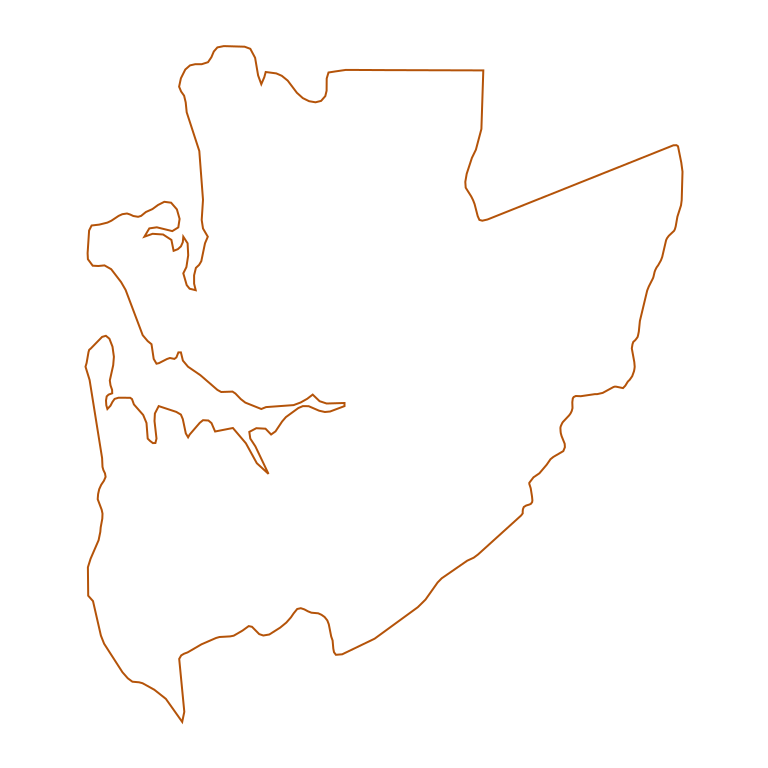 the Province of Estuaire
{"feature_id": "GAB-2168", "entity_name": "Estuaire", "entity_type": "Province", "adm_level": 1, "iso_a3": "GAB", "parent_name": "Gabon", "parent_adm1": "", "projection": "natural_earth1", "projection_center": [9.925, 0.242], "detail": "fine", "context": "isolated", "style": "outline", "palette": "amber", "viewbox_px": 768, "rotation_deg": 0, "n_neighbors": 0, "source": "natural_earth", "source_scale": "10m", "svg_char_len": 4536}
<svg xmlns="http://www.w3.org/2000/svg" viewBox="0 0 768 768"><path d="M345.9,69.9L384.8,70.1L483.3,70.4L481.4,129.0L475.9,149.7L471.9,157.9L466.7,173.8L465.3,181.9L465.7,187.7L471.2,196.4L473.1,200.2L474.6,204.1L477.7,216.1L479.4,219.9L482.3,220.7L487.5,219.5L673.4,145.3L676.5,145.2L678.0,146.3L681.3,162.7L682.5,171.7L681.7,200.1L681.0,205.4L677.4,216.7L675.7,226.4L674.9,229.2L674.1,230.8L668.8,235.8L667.1,238.1L666.6,239.1L666.1,240.2L662.2,257.0L660.9,260.4L658.2,265.2L656.6,267.4L655.3,270.0L654.6,271.9L653.5,276.7L653.0,278.2L648.8,286.5L647.2,290.5L639.9,320.9L638.8,331.7L638.1,335.1L637.6,337.0L636.4,338.7L635.2,340.2L633.3,341.9L632.5,344.2L631.8,348.4L634.3,362.1L634.7,366.8L634.4,369.1L634.0,371.2L632.2,376.2L629.6,379.9L628.3,381.1L627.5,382.1L625.3,385.7L623.0,388.1L616.3,386.7L614.9,386.6L613.5,387.0L602.7,392.9L597.3,394.1L595.1,394.1L580.8,396.2L575.8,396.0L573.7,397.0L572.8,398.4L572.3,402.2L572.5,408.1L571.7,411.1L570.5,413.5L569.1,415.4L562.9,422.0L562.2,423.1L561.0,425.7L560.6,426.8L560.4,428.0L560.6,431.6L560.8,433.2L561.6,436.1L564.7,443.8L564.9,447.2L563.3,451.1L553.5,456.8L550.5,459.2L546.7,464.7L539.4,473.3L533.5,477.3L529.3,482.8L529.3,483.9L530.7,488.2L532.0,496.4L532.4,500.4L532.1,502.2L530.8,503.9L529.2,504.6L526.2,505.5L523.8,507.0L522.9,509.3L522.7,511.4L522.7,513.4L521.1,515.5L478.0,554.5L473.7,557.7L467.2,560.7L441.7,578.3L437.6,582.5L425.5,599.6L417.8,607.2L374.6,638.7L342.2,654.3L335.9,654.8L334.0,652.2L333.3,648.6L332.6,640.5L331.2,636.5L328.8,624.3L327.3,620.4L324.6,617.0L321.5,614.8L318.2,613.3L311.4,612.7L307.9,611.3L304.4,609.4L300.8,608.2L297.2,609.0L293.7,613.3L290.9,617.4L286.3,622.6L280.2,627.6L269.3,634.5L263.3,635.5L259.2,634.1L252.0,626.8L248.7,626.1L242.5,630.6L233.7,635.7L230.1,636.4L219.5,637.0L216.0,638.0L201.5,644.3L187.6,652.4L184.1,653.7L181.2,655.4L179.2,658.9L184.3,711.8L182.2,721.9L165.9,698.9L154.4,689.8L142.5,683.2L139.1,682.3L132.4,681.7L127.8,678.3L122.5,672.3L104.1,643.7L100.9,635.6L93.0,601.1L88.2,595.7L87.9,567.3L90.6,558.7L98.6,540.2L100.3,531.9L100.7,527.4L102.3,518.6L102.5,513.6L101.7,509.8L97.7,499.2L98.1,494.1L99.2,489.2L101.2,484.8L103.9,480.8L105.6,476.9L105.0,473.4L103.4,470.1L102.5,466.9L102.1,458.1L89.6,380.0L85.5,366.7L86.6,363.0L88.5,352.1L89.2,349.8L90.7,348.6L102.1,336.9L105.9,335.8L109.4,338.7L112.5,346.7L113.9,356.8L113.2,365.2L109.8,380.5L110.5,385.3L112.1,389.9L112.2,393.3L108.6,394.6L106.7,396.4L106.0,400.5L106.3,405.2L107.4,409.0L110.5,405.7L112.4,402.0L114.6,398.9L118.6,397.7L130.2,397.8L132.0,399.1L133.9,404.4L143.2,415.0L146.5,423.0L147.7,438.6L150.0,440.9L152.9,443.1L155.4,443.0L156.5,438.6L154.5,421.0L154.9,413.5L158.7,406.1L176.3,411.9L180.9,414.6L182.8,419.1L185.8,433.4L188.1,437.3L189.7,434.5L199.7,422.9L203.0,420.2L208.4,420.5L211.5,423.1L215.1,431.5L232.9,428.0L245.9,443.3L256.8,463.2L268.5,473.9L255.4,446.4L250.3,438.6L249.3,431.9L256.3,428.2L265.5,428.7L271.1,434.5L275.5,431.4L282.1,421.5L285.9,417.1L298.4,408.0L302.9,406.1L308.7,406.2L319.1,410.7L324.9,412.0L330.1,411.5L344.5,406.1L344.5,403.0L326.6,403.5L319.6,401.2L312.7,394.6L307.2,398.8L300.6,402.5L293.6,405.1L266.0,407.1L261.3,409.0L245.3,402.6L240.8,399.1L235.4,393.5L232.5,391.6L221.2,392.0L217.4,389.9L200.4,375.2L188.0,366.7L182.9,360.6L180.9,352.4L178.4,352.4L176.4,357.4L174.4,358.9L169.9,358.0L167.0,359.0L159.0,363.1L156.5,363.7L153.7,358.9L151.5,344.2L147.7,341.1L142.7,335.2L125.6,289.9L121.1,282.1L111.2,269.2L104.5,265.4L98.3,266.0L92.7,265.7L87.9,259.2L87.6,253.2L89.1,230.5L91.6,225.5L99.3,224.6L107.4,222.6L111.4,220.7L118.6,215.9L122.3,214.2L127.0,213.5L130.1,214.5L133.3,216.0L138.1,216.8L141.1,215.9L145.9,212.0L152.4,209.1L158.0,205.0L164.3,201.8L171.1,202.7L176.9,209.4L179.6,218.9L178.3,227.4L172.3,231.1L156.8,227.3L149.3,228.4L144.4,236.7L152.6,233.8L163.1,234.5L171.4,239.9L173.6,250.8L177.8,249.2L180.9,246.4L182.8,242.2L183.3,236.7L187.6,243.3L188.2,255.3L186.4,267.1L183.3,273.3L186.7,285.1L189.6,288.7L195.7,290.2L194.1,283.7L194.1,275.3L195.9,267.9L199.1,264.9L201.3,261.2L205.0,243.3L207.8,236.7L203.0,228.5L201.7,220.0L203.0,199.8L199.3,151.0L186.7,112.3L185.7,102.4L184.1,95.7L181.1,91.5L179.1,86.7L180.9,78.3L185.3,69.5L190.0,65.4L195.2,64.2L201.7,64.2L208.0,62.2L211.4,57.2L213.8,51.5L217.4,47.4L223.8,46.1L244.6,46.7L250.3,48.8L255.1,57.8L258.1,75.4L261.3,84.2L264.3,77.2L265.7,72.0L276.3,73.4L281.8,75.8L287.7,80.6L296.9,92.8L302.8,98.1L309.1,101.2L315.5,102.3L321.1,100.9L325.3,96.1L326.6,90.7L326.7,78.5L328.5,72.5L335.5,71.4L345.9,69.9Z" fill="none" stroke="#b45309" stroke-width="2"/></svg>